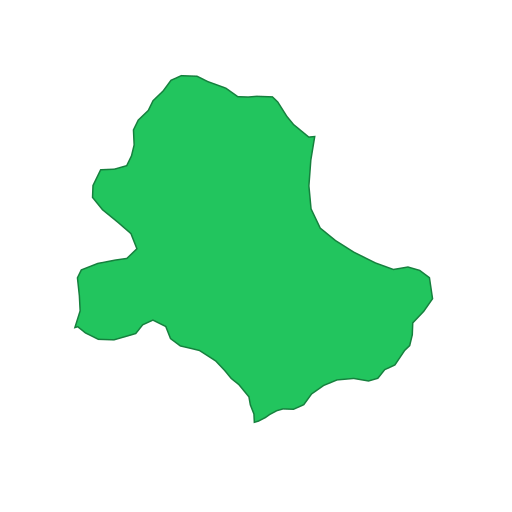 Jonchon, Chagang-do, North Korea, rotated 116°
{"feature_id": "82179303B33919717050875", "entity_name": "Jonchon", "entity_type": "district", "adm_level": 2, "iso_a3": "PRK", "parent_name": "North Korea", "parent_adm1": "Chagang-do", "projection": "albers", "projection_center": [126.339, 40.546], "detail": "fine", "context": "isolated", "style": "filled", "palette": "green", "viewbox_px": 512, "rotation_deg": 116, "n_neighbors": 0, "source": "geoboundaries", "source_scale": "gbopen_adm2", "svg_char_len": 1276}
<svg xmlns="http://www.w3.org/2000/svg" viewBox="0 0 512 512"><g transform="rotate(116 256 256)"><path d="M312.5,92.9L301.7,90.5L293.0,83.4L275.7,81.0L269.2,78.6L258.3,81.0L247.4,85.8L232.2,81.0L217.0,78.6L199.5,90.6L197.2,102.6L199.3,114.6L207.9,126.6L209.9,145.7L209.7,169.7L207.3,191.3L202.8,210.5L189.5,227.2L169.8,239.2L145.7,248.8L122.9,255.6L126.0,260.7L121.4,279.9L117.0,289.5L108.1,303.9L107.5,305.7L105.8,311.0L112.2,325.4L116.5,332.6L120.8,342.2L118.4,356.6L120.4,375.8L120.3,387.8L126.7,402.2L135.3,409.4L148.4,411.8L161.5,416.6L172.4,416.6L185.5,421.4L196.4,421.4L209.6,414.2L220.5,411.8L231.5,411.8L240.1,421.4L246.6,433.4L255.3,433.4L264.1,433.4L275.0,428.6L281.7,414.2L286.2,395.0L290.7,378.2L301.7,366.2L314.8,371.0L321.3,380.6L332.1,395.0L345.1,406.9L353.9,406.9L369.2,397.3L382.4,390.0L399.7,387.4L397.7,385.2L399.9,375.6L400.0,361.2L393.6,346.9L378.4,330.1L367.5,327.7L358.8,320.6L358.9,306.2L367.7,296.6L370.0,284.6L367.8,275.0L365.7,265.4L368.0,246.2L372.5,234.2L376.9,224.6L379.1,215.0L385.7,200.6L392.3,195.8L398.9,188.6L406.2,184.6L403.3,181.4L396.8,176.6L392.4,174.2L385.9,169.5L381.6,164.7L377.3,155.1L368.7,147.9L355.6,145.6L342.6,138.4L331.8,128.8L323.2,114.5L319.0,100.1L312.5,92.9Z" fill="#22c55e" stroke="#15803d" stroke-width="1.5"/></g></svg>